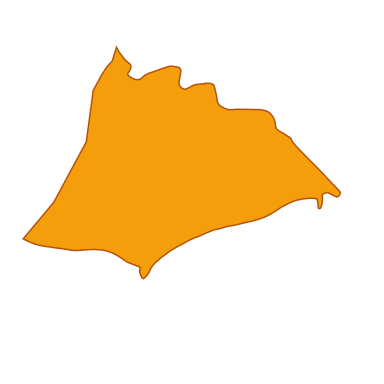 Dennery Village, Dennery, Saint Lucia, rotated 23°
{"feature_id": "8701671B98909054283677", "entity_name": "Dennery Village", "entity_type": "district", "adm_level": 2, "iso_a3": "LCA", "parent_name": "Saint Lucia", "parent_adm1": "Dennery", "projection": "mercator", "projection_center": [-60.891, 13.911], "detail": "fine", "context": "isolated", "style": "filled", "palette": "amber", "viewbox_px": 384, "rotation_deg": 23, "n_neighbors": 0, "source": "geoboundaries", "source_scale": "gbopen_adm2", "svg_char_len": 5842}
<svg xmlns="http://www.w3.org/2000/svg" viewBox="0 0 384 384"><g transform="rotate(23 192 192)"><path d="M65.9,88.3L66.0,88.9L67.4,102.3L64.5,111.0L64.2,113.1L63.1,119.3L62.8,122.3L62.7,123.3L62.4,126.8L61.4,137.0L61.8,138.5L61.9,139.0L75.1,187.0L73.5,204.5L68.8,255.5L54.9,301.1L56.0,301.2L56.8,301.3L57.6,301.3L58.5,301.3L59.1,301.3L59.5,301.3L60.1,301.4L60.8,301.4L61.2,301.4L61.9,301.4L62.5,301.4L63.4,301.5L64.0,301.4L65.0,301.4L65.8,301.4L66.3,301.4L66.8,301.4L67.3,301.4L67.7,301.4L68.1,301.3L68.9,301.2L69.7,301.1L70.4,300.9L71.3,300.8L72.2,300.7L73.0,300.5L73.5,300.4L74.6,300.2L75.5,300.0L76.0,299.9L77.0,299.7L77.4,299.6L78.2,299.4L79.1,299.2L80.2,298.9L81.1,298.6L82.2,298.3L83.1,298.0L84.0,297.8L84.4,297.7L85.4,297.5L85.9,297.4L87.2,297.0L88.1,296.8L88.4,296.7L88.9,296.5L90.0,296.2L90.9,296.0L92.1,295.6L93.3,295.3L93.6,295.2L94.2,295.0L95.5,294.7L96.5,294.5L97.5,294.2L99.2,293.8L100.0,293.6L100.6,293.4L101.1,293.3L101.5,293.2L102.5,292.9L103.4,292.7L104.2,292.5L104.7,292.3L105.8,292.0L106.1,291.9L106.5,291.8L107.6,291.4L108.3,291.1L109.3,290.6L110.0,290.3L111.0,289.8L111.7,289.4L112.5,289.1L113.0,288.8L113.6,288.5L114.0,288.2L114.7,287.8L115.4,287.4L116.1,287.1L116.4,286.9L116.8,286.7L117.3,286.5L117.7,286.3L118.6,285.9L119.3,285.5L120.3,285.1L121.0,284.7L121.5,284.5L122.5,284.0L122.8,283.8L123.4,283.6L123.8,283.4L124.2,283.2L125.1,282.8L126.0,282.6L127.1,282.2L127.5,282.0L128.4,281.7L129.3,281.4L130.0,281.1L131.0,280.8L131.4,280.7L132.1,280.5L132.6,280.4L133.0,280.2L133.9,280.1L135.1,279.9L135.7,279.8L136.9,279.6L137.9,279.5L138.7,279.5L139.5,279.4L140.3,279.3L141.1,279.3L141.8,279.3L142.7,279.2L143.6,279.3L144.5,279.4L145.6,279.5L146.5,279.6L147.2,279.6L147.6,279.7L148.3,279.7L148.9,279.8L149.4,279.9L149.8,279.9L150.2,280.0L151.2,280.2L152.0,280.3L152.5,280.4L152.8,280.4L153.9,280.7L154.7,280.8L155.5,281.0L156.7,281.2L157.5,281.4L158.4,281.6L159.1,281.7L159.8,281.8L160.6,281.9L172.4,281.5L173.1,281.5L173.6,281.6L174.4,284.1L174.5,284.4L175.0,285.8L175.4,286.5L177.5,288.9L178.4,289.6L179.3,290.4L181.2,290.8L181.9,289.5L183.2,286.1L183.9,281.7L184.0,279.6L184.0,278.0L184.6,275.1L185.6,271.9L187.8,267.6L189.7,263.6L192.6,258.9L194.3,255.8L195.2,254.3L200.9,246.7L204.7,242.1L208.0,237.8L210.9,234.7L212.3,233.0L214.2,231.6L218.0,227.5L220.7,224.6L224.0,221.3L225.7,219.5L228.6,217.1L231.4,215.2L233.7,213.5L236.1,211.3L238.1,209.8L244.2,205.9L246.7,204.1L250.0,201.6L254.4,198.3L255.9,197.3L257.8,196.0L261.2,193.3L267.9,187.5L272.6,182.2L276.9,176.1L280.3,170.8L285.2,165.0L286.6,163.3L291.2,158.9L293.8,157.1L298.3,154.1L300.3,153.3L302.2,151.9L305.7,150.6L307.5,150.0L308.9,149.7L309.7,149.9L310.3,150.3L312.0,152.6L313.1,154.6L314.2,156.9L314.5,157.4L315.5,157.6L316.4,157.0L316.6,155.7L316.6,153.9L316.4,152.6L315.1,148.1L314.4,146.3L313.6,145.1L313.3,144.7L313.1,143.2L313.9,142.1L315.9,140.2L317.6,139.4L320.0,139.7L322.0,139.7L323.7,140.1L325.8,140.0L327.3,140.0L328.2,139.2L328.9,137.3L329.1,135.8L328.8,134.6L328.2,134.1L327.9,133.8L321.2,130.9L318.1,129.6L315.2,128.3L309.6,125.9L308.1,125.1L304.0,123.4L296.5,120.2L286.3,116.1L283.6,115.0L276.9,112.1L270.0,109.2L265.5,107.0L264.2,106.2L263.2,105.0L262.6,104.5L262.2,104.1L261.8,103.9L260.9,103.7L259.3,103.4L258.2,103.3L257.6,103.2L255.6,102.8L254.3,102.5L250.8,102.1L250.5,102.1L247.8,101.7L246.0,101.2L245.3,100.8L244.5,100.3L243.9,99.7L243.1,98.5L242.8,97.9L242.1,96.8L241.7,96.0L240.4,94.3L238.5,92.2L236.4,90.7L234.4,89.7L232.1,88.7L229.6,88.3L227.5,88.5L225.7,88.9L223.9,89.2L223.4,89.3L221.5,89.9L219.6,90.7L219.1,91.0L216.0,92.2L215.5,92.4L211.7,93.9L200.8,98.4L200.3,98.6L199.7,98.9L198.9,99.3L198.3,99.7L197.7,100.1L197.3,100.2L197.0,100.4L196.4,100.7L195.5,101.1L194.8,101.4L194.1,101.7L193.6,101.8L193.3,101.9L192.5,102.0L191.8,102.1L191.0,102.2L190.2,102.2L189.5,102.2L188.5,102.2L188.1,102.2L187.2,102.1L186.9,102.1L186.2,102.0L185.6,101.9L185.0,101.8L184.2,101.6L183.5,101.3L183.2,101.2L182.8,101.0L182.4,100.9L182.1,100.7L181.3,100.0L180.9,99.6L180.3,99.0L179.7,98.4L179.3,97.7L178.8,97.0L178.5,96.3L178.1,95.7L177.8,95.0L174.2,90.1L171.3,86.1L170.3,85.1L169.7,85.0L169.0,84.8L167.5,84.7L166.1,85.0L165.5,85.2L164.8,85.4L163.5,85.9L162.7,86.3L161.9,86.7L161.1,87.1L161.1,88.1L160.4,88.1L160.0,88.1L155.7,90.4L153.8,91.4L153.3,91.9L152.9,92.2L152.5,92.6L152.1,92.9L151.6,93.2L151.3,93.6L150.7,94.2L150.4,94.5L149.8,95.4L149.4,96.0L149.1,96.4L148.4,97.2L148.1,97.5L147.5,98.1L146.8,98.9L146.4,99.3L145.8,99.9L144.9,100.3L144.3,100.4L143.9,100.4L143.5,100.4L142.9,100.4L142.2,100.3L141.4,100.2L140.6,99.9L139.7,99.4L139.3,99.0L138.7,98.5L138.2,98.0L137.7,97.4L137.3,96.8L134.8,85.8L134.6,85.3L134.2,84.4L133.5,83.6L133.2,83.3L132.2,82.7L131.8,82.6L131.2,82.5L130.6,82.6L130.2,82.7L129.6,82.8L128.8,82.9L127.4,83.2L126.1,83.6L125.6,83.7L124.7,83.9L123.5,84.4L122.9,84.7L122.3,85.1L121.1,85.9L118.9,87.9L112.9,93.1L112.4,93.6L111.9,94.1L111.3,94.7L111.0,95.0L110.5,95.5L109.9,96.0L109.6,96.3L109.0,96.8L108.1,97.6L107.5,98.1L106.8,98.7L106.4,99.1L105.8,99.7L105.3,100.2L104.8,100.8L104.6,101.0L104.1,101.6L103.7,102.1L103.2,102.9L102.8,103.5L102.5,104.0L102.3,104.3L101.9,105.1L101.5,105.9L101.4,106.3L101.2,106.8L100.9,107.4L100.5,108.0L100.0,108.6L99.3,109.0L98.7,109.4L98.1,109.9L97.4,110.2L96.6,110.4L95.9,110.6L95.2,110.6L94.8,110.6L94.2,110.6L93.6,110.6L92.9,110.6L92.2,110.5L91.8,110.5L91.4,110.4L90.5,110.4L89.6,110.1L88.6,109.9L88.2,109.7L87.7,109.5L87.3,109.2L86.9,108.7L86.6,108.3L86.6,107.5L86.8,106.7L87.0,106.0L87.1,105.2L87.2,104.5L87.3,103.5L87.3,103.0L87.1,102.1L87.0,101.5L86.9,100.8L86.6,100.1L86.2,99.5L85.4,98.8L85.0,98.5L84.3,98.3L83.6,98.1L82.8,97.8L82.1,97.6L81.4,97.4L80.4,97.1L79.9,96.9L79.5,96.8L79.2,96.7L78.5,96.4L77.8,96.0L77.0,95.7L76.4,95.3L75.7,94.8L75.0,94.4L74.4,94.1L73.6,93.6L72.8,93.1L72.0,92.7L71.6,92.5L71.0,92.2L65.9,88.3Z" fill="#f59e0b" stroke="#b45309" stroke-width="1.5"/></g></svg>